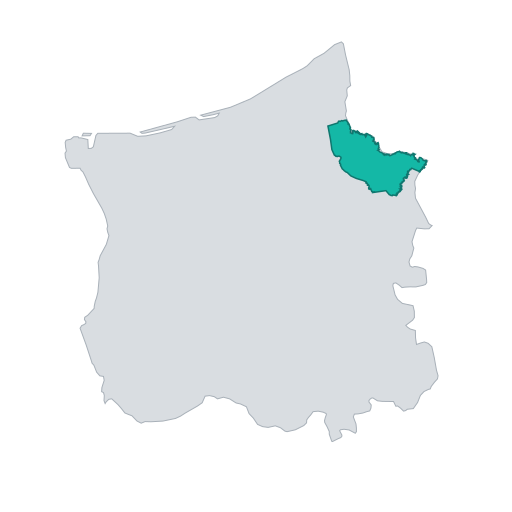 Cavally, Cavally, Ivory Coast (highlighted), rotated 170°
{"feature_id": "98640826B42717034718743", "entity_name": "Cavally", "entity_type": "district", "adm_level": 2, "iso_a3": "CIV", "parent_name": "Ivory Coast", "parent_adm1": "Cavally", "projection": "mercator", "projection_center": [-7.871, 6.299], "detail": "fine", "context": "in_parent", "style": "filled", "palette": "teal", "viewbox_px": 512, "rotation_deg": 170, "n_neighbors": 0, "source": "geoboundaries", "source_scale": "gbopen_adm2", "svg_char_len": 9345}
<svg xmlns="http://www.w3.org/2000/svg" viewBox="0 0 512 512"><g transform="rotate(170 256 256)"><path d="M107.5,94.8L109.4,94.7L114.0,93.4L118.3,90.2L122.3,83.7L127.6,78.4L133.7,78.8L135.4,77.8L137.6,77.6L140.1,81.1L142.6,83.7L144.4,83.8L145.8,88.8L156.8,90.9L161.5,92.3L165.5,95.9L166.9,96.0L168.6,95.2L169.9,94.0L170.1,92.6L168.4,89.3L169.2,86.3L170.9,83.7L173.8,83.5L178.1,82.8L183.0,82.8L186.6,83.2L188.1,80.6L186.7,73.2L187.0,69.1L187.6,65.6L189.0,64.2L194.5,68.5L199.4,70.1L203.0,70.2L204.0,69.4L202.5,64.7L202.9,63.3L204.2,62.4L206.6,61.9L212.9,60.0L213.6,60.4L214.8,67.9L214.3,70.3L215.6,75.4L217.2,80.1L217.1,82.0L215.8,84.9L214.2,87.6L214.3,88.7L216.9,90.5L221.7,92.4L226.8,92.8L229.6,90.1L232.5,87.8L234.5,85.8L235.2,82.9L238.4,80.7L247.5,78.0L255.9,77.6L257.9,78.5L261.7,82.6L266.5,85.4L273.8,85.1L279.1,86.8L283.7,89.9L286.8,96.9L290.2,102.0L291.6,109.2L297.0,113.0L301.1,114.7L306.8,119.9L312.6,122.6L318.7,122.0L321.5,124.7L326.0,126.6L330.5,126.8L334.5,120.8L339.7,118.4L353.0,113.6L358.2,111.4L363.5,110.0L376.3,109.6L388.2,111.0L394.0,112.2L398.1,111.3L401.9,114.2L405.9,120.2L409.1,122.1L412.4,124.2L414.9,128.9L417.7,133.6L419.3,135.7L422.9,140.4L425.9,140.4L428.9,138.4L430.2,136.9L430.8,140.0L429.6,145.0L429.9,148.0L431.6,149.2L430.6,153.2L427.1,159.9L427.1,163.9L430.6,165.1L433.1,169.3L434.6,176.6L436.1,179.0L436.2,180.5L438.7,197.9L441.8,215.4L439.8,217.7L437.1,218.4L435.4,219.2L434.9,220.8L436.0,223.2L435.3,225.4L431.9,226.9L424.5,232.5L424.0,234.7L422.1,239.4L420.4,242.3L418.0,247.7L414.2,261.8L412.8,273.6L412.6,277.2L411.1,279.7L409.4,283.3L401.4,293.4L397.3,301.6L397.9,305.2L398.0,308.7L396.8,311.3L397.1,318.3L398.0,324.1L399.5,329.7L405.3,345.8L408.3,355.6L410.2,363.5L411.8,368.8L413.4,370.9L414.0,373.0L422.6,374.4L424.3,375.6L426.6,385.9L426.2,390.5L424.5,392.2L424.6,396.2L424.2,401.0L422.9,403.0L418.1,403.2L414.8,405.1L410.5,404.3L410.1,403.1L407.8,402.7L401.4,399.9L402.5,391.0L399.5,390.6L397.2,391.8L392.7,402.5L390.5,404.3L358.6,398.8L351.7,394.4L343.4,393.4L329.0,393.9L317.1,395.2L313.6,397.9L343.7,396.3L347.0,396.6L348.5,398.2L310.4,401.8L295.9,403.9L291.6,403.3L288.4,399.9L272.6,399.5L269.4,400.6L267.4,403.1L273.6,402.6L283.4,402.4L286.0,404.3L255.4,406.9L234.1,411.7L225.1,415.2L195.4,426.9L177.4,432.4L172.6,434.4L164.4,440.2L153.8,443.8L141.9,450.5L134.7,452.0L133.1,449.8L132.9,438.5L131.9,423.2L132.3,417.4L133.2,411.9L133.2,407.4L136.8,405.7L137.8,403.8L138.3,397.9L141.7,392.5L141.8,383.1L142.8,381.1L143.5,378.6L142.1,372.5L140.2,360.8L139.3,360.1L138.5,360.6L136.6,360.8L129.1,356.8L123.4,356.1L119.4,352.6L119.1,348.7L117.1,346.4L115.8,341.9L113.8,336.7L108.1,333.6L102.8,332.8L99.0,333.5L94.5,333.3L89.5,331.5L86.0,329.6L82.6,325.8L79.6,322.7L77.1,323.1L74.1,322.4L71.1,321.0L70.2,320.0L82.5,307.9L86.7,301.9L87.2,298.3L87.2,294.7L88.5,290.9L88.9,285.2L82.1,264.5L80.3,258.0L78.5,256.1L77.3,255.4L80.8,252.8L85.5,253.5L92.8,255.6L94.4,253.5L99.9,243.0L99.8,239.1L99.2,236.4L102.5,229.2L105.0,226.5L106.4,223.5L106.0,219.4L104.0,217.8L101.5,218.1L98.4,217.1L93.7,214.8L91.4,212.7L92.1,203.2L92.5,200.2L94.2,198.5L96.7,198.1L104.0,197.8L109.8,198.9L115.0,199.5L117.7,199.5L119.9,202.3L122.9,205.2L125.5,205.2L126.4,203.0L125.8,193.6L124.1,188.7L120.1,183.9L110.0,179.8L109.7,174.1L110.7,167.9L112.9,165.6L120.5,161.7L119.2,159.6L116.8,157.3L112.0,155.0L113.1,147.6L113.3,141.0L109.2,141.7L105.1,142.1L101.6,140.1L98.6,136.1L98.1,125.0L98.1,112.2L97.5,106.5L98.6,103.5L102.2,100.7L106.1,97.1L107.5,94.8ZM406.4,404.5L404.7,406.9L396.7,405.3L398.6,403.3L406.4,404.5Z" fill="#d9dde1" stroke="#a8b0b8" stroke-width="1"/><path d="M107.4,291.0L107.2,291.2L107.5,291.2L107.5,291.4L107.1,291.6L107.3,291.8L107.2,292.0L106.5,292.0L106.4,292.5L106.2,292.1L105.8,292.7L106.2,292.9L105.9,293.0L105.5,293.5L105.0,293.5L104.9,294.0L104.2,294.1L104.4,294.5L103.7,294.7L103.3,295.2L103.1,295.3L103.3,294.7L102.9,294.5L102.6,294.7L102.5,295.4L102.1,295.7L102.4,296.3L101.8,295.9L101.2,296.3L100.8,296.3L100.7,296.6L100.9,296.8L101.0,296.6L101.1,297.0L101.8,297.4L101.5,297.5L101.4,297.2L101.2,297.3L101.2,298.0L101.5,298.2L101.6,298.4L101.2,298.2L100.8,298.7L100.4,298.8L100.5,299.6L100.3,299.7L100.3,300.0L100.7,300.1L101.0,299.3L101.2,299.6L101.2,299.9L101.1,300.2L100.9,300.1L101.6,300.7L101.5,300.9L101.7,301.1L101.7,301.4L101.3,301.6L101.5,301.7L101.9,301.5L101.5,301.9L101.0,301.5L100.6,302.3L100.3,302.0L100.1,302.0L100.1,302.6L99.7,302.6L99.4,303.2L99.2,302.8L98.9,302.9L98.2,303.6L98.4,303.9L97.8,304.4L97.2,304.1L96.9,304.4L97.3,305.0L97.0,305.4L97.0,306.0L97.4,306.2L97.3,306.6L97.0,306.6L96.8,306.9L97.3,306.9L97.2,307.1L96.4,307.2L96.1,307.7L95.2,307.9L95.0,307.7L95.4,307.2L95.1,306.7L94.8,306.5L94.1,306.5L94.1,307.2L94.0,307.4L93.6,307.3L93.7,307.8L92.9,308.2L92.8,308.5L93.5,308.9L93.6,309.2L93.9,309.5L93.6,309.3L93.6,309.8L92.6,309.8L92.6,310.4L92.4,310.4L92.0,309.9L91.6,310.0L92.3,310.6L92.5,311.2L91.6,311.6L91.7,311.9L92.1,311.7L91.9,312.0L92.1,312.6L92.0,313.1L91.7,313.2L90.7,312.8L90.5,313.3L89.8,313.8L89.6,314.5L89.4,314.5L89.2,314.1L88.5,314.2L88.1,314.9L87.4,315.4L80.3,310.8L80.4,310.4L80.0,310.4L79.5,310.8L79.4,311.4L79.6,311.7L78.9,311.9L78.8,312.3L78.2,312.1L78.0,312.4L77.4,312.5L77.3,313.0L77.5,313.3L77.2,313.6L77.0,313.1L76.7,313.1L76.3,313.5L76.3,314.5L75.9,314.3L75.5,314.5L75.0,313.5L74.5,313.8L74.8,314.9L74.6,316.5L74.3,316.7L73.3,316.1L72.8,316.3L72.5,316.9L73.2,317.5L72.8,317.8L72.4,319.0L72.1,318.8L71.6,319.0L71.6,319.5L71.4,320.0L71.5,320.3L71.7,320.5L73.5,320.5L74.8,321.3L75.1,322.3L76.1,323.7L76.6,324.2L77.8,324.6L78.4,324.0L78.5,323.3L79.1,322.8L79.4,322.3L78.9,320.6L79.1,320.3L80.1,320.8L80.3,321.0L80.4,322.2L80.7,322.4L81.0,322.9L82.8,323.9L81.9,324.7L81.9,324.9L82.3,325.2L82.5,324.9L82.6,325.5L83.0,326.0L82.9,326.8L83.5,327.6L83.2,327.9L82.5,328.0L81.7,328.5L82.3,328.7L82.8,329.6L83.5,329.8L83.6,329.1L84.2,329.1L84.4,328.8L84.9,329.1L85.6,328.8L86.2,328.0L86.4,328.4L86.8,328.5L87.6,329.2L87.9,329.2L88.2,329.9L88.6,329.9L88.9,329.6L89.5,329.8L89.6,330.4L90.5,330.4L90.4,330.9L89.9,330.8L89.7,331.0L89.7,331.5L90.9,331.7L91.2,331.4L91.7,331.6L92.2,331.3L93.6,332.5L94.1,332.3L94.3,332.6L94.9,332.4L95.1,332.7L95.4,332.7L95.5,333.2L96.2,333.5L96.2,333.9L96.5,334.3L97.3,334.0L99.1,334.0L100.3,333.2L100.8,333.4L101.1,333.3L101.4,332.5L102.2,332.9L102.7,332.5L103.0,332.5L103.3,332.3L104.0,332.5L104.3,332.1L105.2,331.8L105.5,331.8L106.8,331.5L107.3,332.3L107.3,332.9L107.4,333.0L108.1,332.7L108.2,333.1L108.4,333.1L108.6,332.8L108.8,333.0L109.2,333.6L109.5,333.7L110.1,332.9L110.3,332.9L111.0,333.8L111.4,333.8L111.6,333.7L111.8,333.2L112.0,333.5L112.0,334.2L112.2,334.4L112.5,334.3L112.5,333.8L112.6,333.5L112.8,333.6L113.3,335.0L114.2,335.9L115.7,336.7L117.1,338.5L117.8,339.0L117.4,339.2L116.7,339.0L116.3,339.4L116.8,339.8L116.6,340.4L116.9,340.9L116.2,341.3L116.1,341.6L116.2,342.7L115.9,343.3L116.0,344.7L115.8,345.1L115.9,345.4L116.3,345.5L116.0,346.1L116.1,346.5L116.5,346.4L117.1,346.0L117.0,345.6L117.3,345.1L117.9,345.4L118.2,345.8L118.6,345.8L118.7,345.2L119.4,345.9L119.5,346.4L118.9,347.1L119.0,347.5L120.8,348.6L121.0,348.9L119.9,349.4L119.7,349.6L119.6,349.9L120.0,350.5L119.5,350.9L119.5,352.2L121.3,352.7L121.1,353.2L121.2,353.9L122.3,354.6L122.8,355.3L123.3,355.3L125.0,357.0L126.0,357.5L126.3,357.5L126.8,356.9L126.1,356.1L126.0,355.7L126.5,355.5L126.8,354.7L127.3,354.2L127.4,354.8L127.6,355.1L127.4,355.8L127.4,356.5L127.6,356.7L128.1,356.2L128.7,357.0L129.1,356.9L129.4,357.0L129.7,356.9L130.0,357.1L130.3,357.1L130.4,357.9L130.8,357.7L131.1,358.2L131.3,358.2L131.6,357.6L132.1,357.5L132.4,357.7L133.8,359.0L133.1,358.9L132.6,359.2L132.7,359.5L133.5,359.6L133.6,360.5L134.5,361.6L134.8,361.4L134.9,361.0L134.7,360.6L135.3,360.7L135.8,360.1L136.1,360.0L136.4,360.2L136.5,360.7L135.9,360.8L136.0,361.2L136.7,361.3L137.0,361.5L136.9,361.8L137.4,362.0L137.6,362.4L137.9,362.4L138.3,362.8L138.8,362.8L139.0,362.6L139.0,361.6L139.3,361.4L139.1,360.7L139.5,359.7L140.4,360.0L140.5,360.2L140.7,360.4L141.5,360.9L141.3,361.1L141.4,362.1L140.6,363.5L140.9,363.8L140.7,364.3L140.9,364.5L141.2,364.3L141.6,364.9L141.5,365.2L140.7,366.0L140.7,366.5L141.0,366.7L141.2,367.2L141.1,367.6L141.3,368.8L141.5,368.9L141.4,369.4L141.6,370.0L142.3,370.0L142.0,370.9L142.4,371.2L142.6,372.1L142.9,372.7L143.5,373.4L143.4,374.0L143.5,374.2L144.3,374.1L144.7,374.3L145.9,374.1L146.6,374.2L147.1,373.9L147.8,374.3L148.4,374.5L149.4,373.9L150.3,374.3L151.3,374.4L152.4,372.8L162.6,371.5L162.4,357.9L162.8,347.6L161.3,341.7L160.7,341.4L160.3,341.0L160.4,340.7L159.9,340.2L159.5,340.2L158.6,339.8L157.9,340.1L156.9,339.9L156.5,339.8L155.2,338.5L155.2,338.1L155.4,337.6L155.5,337.0L156.3,336.4L156.6,335.7L157.5,334.9L157.3,333.6L157.5,332.7L157.1,332.4L156.7,331.6L157.1,330.8L155.9,326.8L154.9,325.7L154.4,324.8L152.7,323.0L151.7,322.5L148.7,318.4L143.8,315.0L137.3,311.7L134.6,309.9L134.8,309.2L135.1,308.9L134.6,308.5L133.8,308.3L133.8,308.0L134.2,307.9L133.8,307.2L133.6,306.6L133.8,306.3L133.5,306.2L132.9,306.5L132.8,305.7L132.5,305.6L132.5,304.9L132.7,304.0L133.1,303.8L133.0,303.5L133.4,302.6L133.3,302.4L132.8,302.2L132.5,302.5L132.2,302.6L132.1,301.8L131.6,301.7L131.3,302.0L130.8,299.3L130.4,299.0L130.1,299.1L129.7,298.6L129.1,298.6L129.5,298.2L116.7,297.8L114.0,293.1L113.4,293.0L112.5,292.1L111.2,291.8L110.9,292.3L110.3,292.3L109.9,292.0L108.5,291.7L107.4,291.0Z" fill="#14b8a6" stroke="#0f766e" stroke-width="1.5"/></g></svg>